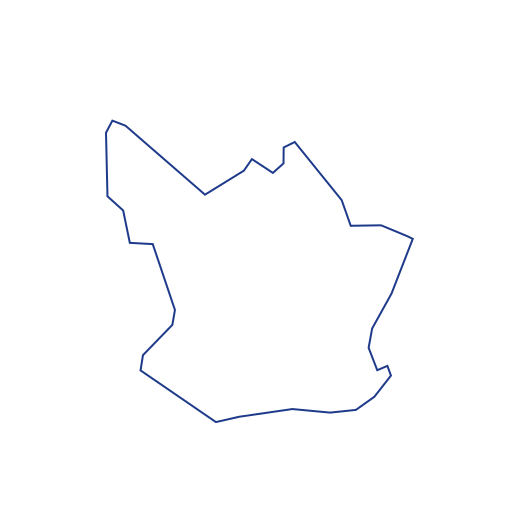 map outline of Clackmannanshire (Mercator projection), rotated 247°
{"feature_id": "GBR-2017", "entity_name": "Clackmannanshire", "entity_type": "Unitary District", "adm_level": 1, "iso_a3": "GBR", "parent_name": "United Kingdom", "parent_adm1": "", "projection": "mercator", "projection_center": [-3.723, 56.144], "detail": "fine", "context": "isolated", "style": "outline", "palette": "blue", "viewbox_px": 512, "rotation_deg": 247, "n_neighbors": 0, "source": "natural_earth", "source_scale": "10m", "svg_char_len": 594}
<svg xmlns="http://www.w3.org/2000/svg" viewBox="0 0 512 512"><g transform="rotate(247 256 256)"><path d="M210.5,407.0L168.5,366.1L143.9,334.6L127.5,323.8L103.5,323.0L103.5,334.0L93.2,333.5L80.2,310.0L75.3,287.8L82.9,263.0L100.9,229.7L114.6,177.7L118.8,154.2L195.8,105.0L208.9,113.2L225.3,152.1L238.0,160.3L307.3,165.6L317.4,145.0L349.8,151.5L369.0,142.6L428.1,166.1L436.7,176.7L426.9,186.8L332.4,233.0L339.3,278.2L346.8,290.1L325.9,304.0L330.5,317.5L345.1,323.9L345.8,336.2L273.9,356.7L246.8,355.0L235.4,383.1L215.1,403.0L210.5,407.0Z" fill="none" stroke="#1e3a8a" stroke-width="2"/></g></svg>